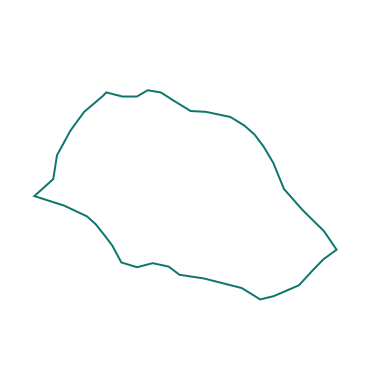 outline of Torsås, Kalmar, Sweden, rotated 192°
{"feature_id": "70781695B75785870323724", "entity_name": "Torsås", "entity_type": "district", "adm_level": 2, "iso_a3": "SWE", "parent_name": "Sweden", "parent_adm1": "Kalmar", "projection": "natural_earth1", "projection_center": [15.932, 56.442], "detail": "fine", "context": "isolated", "style": "outline", "palette": "teal", "viewbox_px": 384, "rotation_deg": 192, "n_neighbors": 0, "source": "geoboundaries", "source_scale": "gbopen_adm2", "svg_char_len": 663}
<svg xmlns="http://www.w3.org/2000/svg" viewBox="0 0 384 384"><g transform="rotate(192 192 192)"><path d="M296.5,271.6L299.4,267.1L314.2,247.9L323.7,226.7L331.7,199.8L330.4,175.8L345.4,155.2L314.3,152.1L289.6,146.3L279.4,140.4L267.1,130.2L258.8,123.0L246.5,108.4L230.1,107.0L215.7,114.2L199.3,114.2L187.0,108.4L162.4,109.9L123.4,108.4L102.9,101.1L101.5,101.8L90.6,107.0L68.0,123.0L57.7,140.4L49.5,153.5L38.6,165.6L54.7,181.1L79.9,197.2L102.6,214.0L118.5,237.3L131.2,251.1L142.9,261.3L154.7,267.9L169.9,273.3L195.1,273.3L210.2,270.9L228.8,277.5L243.1,282.9L256.5,282.3L265.8,273.9L280.1,270.9L296.5,271.6Z" fill="none" stroke="#0f766e" stroke-width="2"/></g></svg>